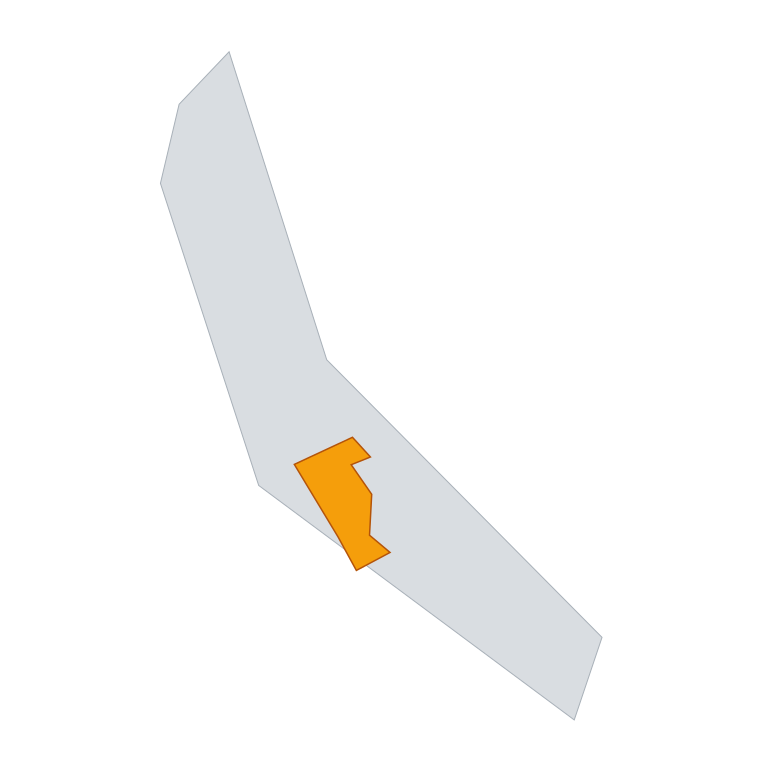 location of Smith's within Bermuda, rotated 96°
{"feature_id": "BMU-5142", "entity_name": "Smith's", "entity_type": "state/province", "adm_level": 1, "iso_a3": "BMU", "parent_name": "Bermuda", "parent_adm1": "", "projection": "mercator", "projection_center": [-64.729, 32.316], "detail": "fine", "context": "in_parent", "style": "filled", "palette": "amber", "viewbox_px": 768, "rotation_deg": 96, "n_neighbors": 0, "source": "natural_earth", "source_scale": "10m", "svg_char_len": 447}
<svg xmlns="http://www.w3.org/2000/svg" viewBox="0 0 768 768"><g transform="rotate(96 384 384)"><path d="M498.0,498.0L207.8,627.3L127.2,617.0L69.8,572.8L365.9,443.5L613.2,140.7L698.2,159.7L498.0,498.0Z" fill="#d9dde1" stroke="#a8b0b8" stroke-width="1"/><path d="M495.0,384.7L535.9,382.6L550.9,360.4L572.3,392.0L540.9,413.7L473.3,464.8L440.3,409.8L458.0,389.9L467.7,408.2L495.0,384.7Z" fill="#f59e0b" stroke="#b45309" stroke-width="1.5"/></g></svg>